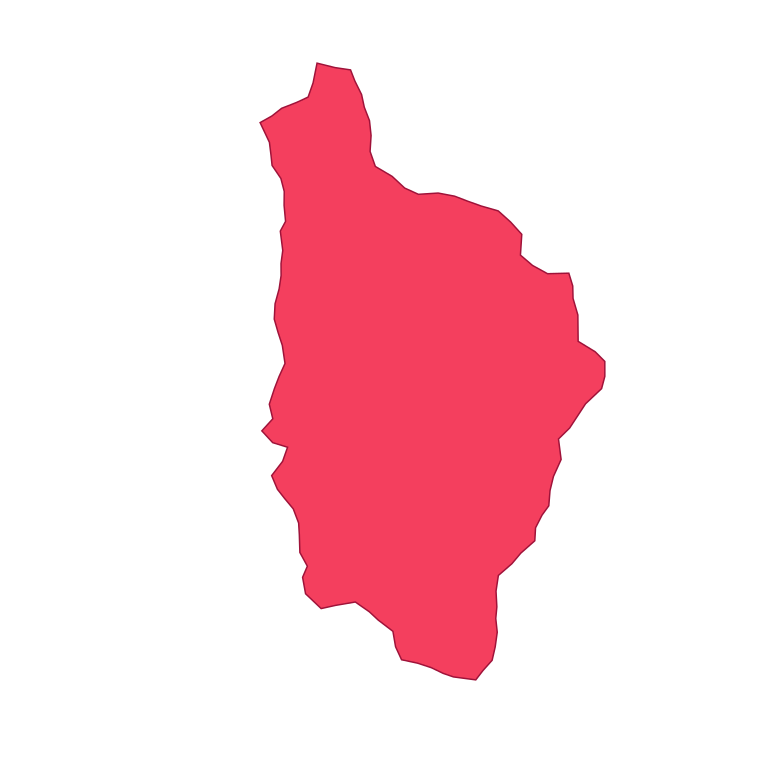 Cuité de Mamanguape, Paraíba, Brazil, rotated 223°
{"feature_id": "56859067B92681913513014", "entity_name": "Cuité de Mamanguape", "entity_type": "district", "adm_level": 2, "iso_a3": "BRA", "parent_name": "Brazil", "parent_adm1": "Paraíba", "projection": "albers", "projection_center": [-35.248, -6.901], "detail": "fine", "context": "isolated", "style": "filled", "palette": "rose", "viewbox_px": 768, "rotation_deg": 223, "n_neighbors": 0, "source": "geoboundaries", "source_scale": "gbopen_adm2", "svg_char_len": 1467}
<svg xmlns="http://www.w3.org/2000/svg" viewBox="0 0 768 768"><g transform="rotate(223 384 384)"><path d="M324.4,591.1L339.6,576.2L356.2,572.0L372.1,571.3L385.3,587.4L401.9,588.8L418.5,588.5L434.4,580.4L447.4,574.8L460.5,569.5L474.6,560.6L488.2,546.2L502.5,541.4L519.6,541.4L538.7,537.2L552.8,544.6L562.9,556.9L574.2,566.7L587.2,573.0L597.8,580.4L612.1,585.8L622.7,590.9L635.6,582.0L651.8,573.0L641.2,555.8L635.2,542.1L640.0,530.2L646.9,515.8L648.8,503.5L652.9,490.7L632.6,482.6L623.2,474.7L614.9,467.5L599.6,464.0L588.3,456.8L578.9,446.5L566.9,435.8L564.1,425.1L549.1,412.6L541.5,401.9L533.2,393.1L525.6,382.1L518.4,368.4L508.5,356.6L496.5,349.4L484.7,342.9L470.4,331.5L465.8,317.8L461.0,305.9L454.1,291.0L441.6,282.7L441.4,266.4L425.4,265.2L411.4,272.0L405.4,258.3L403.7,240.4L390.1,234.3L378.6,232.5L365.2,230.8L351.6,224.1L343.1,216.0L330.6,203.4L315.8,198.5L311.7,187.1L298.3,177.1L276.8,176.9L268.5,189.0L256.3,205.0L239.4,207.4L227.2,207.4L208.8,209.2L196.3,199.7L183.1,194.3L169.1,202.7L155.9,208.8L143.4,212.7L133.5,217.1L115.1,230.2L116.2,242.0L116.5,255.7L123.4,267.6L131.9,279.7L142.3,288.7L149.5,298.0L160.8,308.9L169.8,322.0L167.9,339.8L168.6,353.6L166.8,372.2L175.1,382.2L179.0,395.9L180.4,407.3L189.9,419.3L197.0,431.9L203.0,449.6L218.9,462.8L218.2,478.4L220.1,489.5L223.1,507.0L221.7,529.0L227.7,540.2L237.9,551.1L251.5,551.6L271.1,547.6L289.3,566.7L304.1,575.5L312.8,584.4L324.4,591.1Z" fill="#f43f5e" stroke="#9f1239" stroke-width="1.5"/></g></svg>